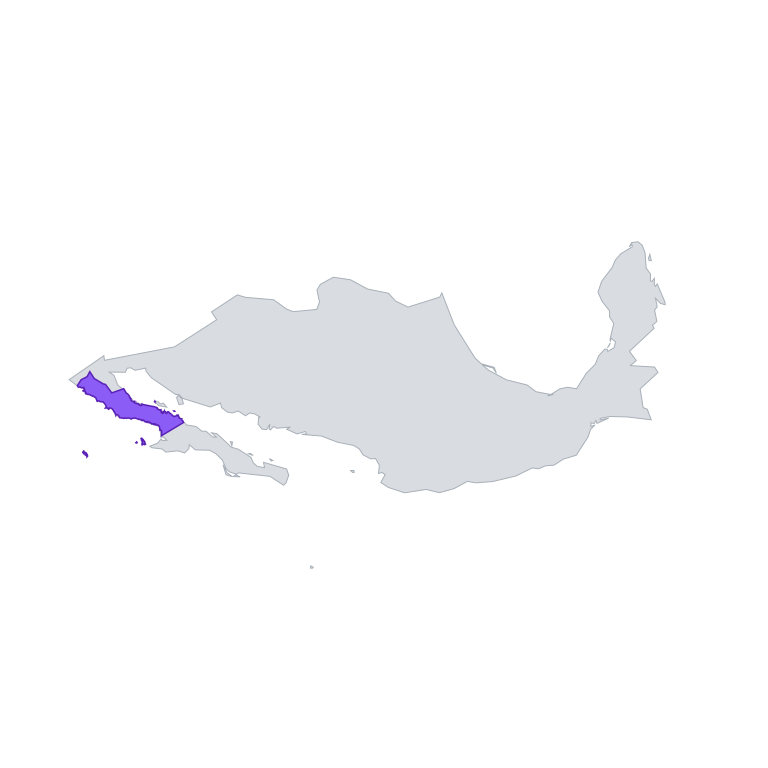 Ensenada, Baja California, Mexico (highlighted), rotated 330°
{"feature_id": "50627088B13797450449328", "entity_name": "Ensenada", "entity_type": "district", "adm_level": 2, "iso_a3": "MEX", "parent_name": "Mexico", "parent_adm1": "Baja California", "projection": "orthographic", "projection_center": [-114.931, 30.193], "detail": "fine", "context": "in_parent", "style": "filled", "palette": "violet", "viewbox_px": 768, "rotation_deg": 330, "n_neighbors": 0, "source": "geoboundaries", "source_scale": "gbopen_adm2", "svg_char_len": 9487}
<svg xmlns="http://www.w3.org/2000/svg" viewBox="0 0 768 768"><g transform="rotate(330 384 384)"><path d="M113.5,222.8L155.6,219.4L153.7,223.7L221.1,247.1L271.2,244.7L270.7,235.3L301.5,233.5L307.4,239.7L330.6,255.9L337.1,270.5L341.6,276.0L363.1,285.8L369.2,280.7L372.9,269.1L378.7,265.9L393.5,266.2L407.1,277.0L417.3,293.6L433.3,307.7L435.4,317.8L443.2,329.4L475.7,336.6L479.6,334.1L474.4,367.9L475.8,406.9L478.2,414.9L487.7,424.7L486.7,430.9L486.5,424.8L478.6,416.5L481.7,424.8L492.0,441.5L507.5,456.5L511.8,466.7L522.5,475.9L519.8,476.1L525.5,477.8L523.6,476.5L533.8,476.1L541.3,478.6L548.4,484.4L564.5,475.9L576.7,472.6L584.3,466.8L592.7,464.2L594.6,465.4L594.2,467.7L601.3,467.7L605.6,463.3L603.6,458.0L601.5,459.9L601.9,458.6L613.2,446.5L612.9,438.7L615.9,433.5L614.2,421.2L615.2,411.5L623.7,404.0L639.7,397.2L646.4,392.3L654.2,389.6L667.7,389.3L668.5,387.1L665.0,387.8L669.2,385.3L675.1,387.9L677.0,393.1L675.6,401.1L669.0,414.6L669.8,422.1L666.3,427.7L667.3,429.2L671.0,427.6L667.7,433.3L668.0,435.2L670.7,433.9L668.2,453.9L667.1,455.9L663.7,452.4L662.0,445.5L659.2,453.8L655.3,455.3L651.6,466.2L645.8,467.5L645.7,470.8L612.9,478.4L614.2,489.7L606.6,491.3L626.8,504.6L627.0,511.0L603.4,516.3L596.6,534.0L599.4,537.5L597.5,548.6L578.3,534.2L563.1,524.9L554.0,521.9L553.2,523.3L561.6,525.9L548.8,524.6L549.4,521.5L546.2,523.3L543.9,521.1L541.9,524.3L546.2,524.9L540.0,526.7L534.2,531.9L514.9,541.8L501.7,538.7L490.7,539.3L482.9,535.6L475.5,534.7L470.4,530.8L452.3,529.6L429.3,522.8L414.1,515.5L407.5,510.0L392.3,509.6L377.6,505.8L367.8,496.4L347.4,488.5L336.1,475.8L332.0,467.7L339.6,463.1L338.1,459.6L334.5,458.8L339.4,452.0L339.4,444.3L335.0,442.1L330.4,434.8L330.1,427.8L326.9,421.9L314.6,411.1L303.7,397.7L287.5,386.5L292.0,388.5L292.2,385.8L283.8,383.8L277.1,374.5L281.4,374.5L269.1,368.7L267.2,365.6L262.7,367.0L261.9,365.6L265.2,361.6L259.5,364.8L255.9,362.2L254.8,355.9L258.8,350.1L260.4,351.1L257.2,345.4L253.2,341.9L248.2,342.3L244.3,334.6L238.1,333.2L234.3,330.0L231.5,323.2L232.9,318.8L222.0,317.0L202.4,295.7L201.2,290.5L198.3,288.9L185.6,262.1L184.3,253.8L185.6,251.1L175.3,247.7L172.8,243.4L169.5,241.9L165.9,244.5L152.0,236.3L154.5,241.6L152.9,251.8L156.1,260.0L158.9,275.4L173.4,288.9L178.1,298.1L180.2,297.6L181.4,300.4L183.5,300.7L185.6,306.6L189.7,308.3L192.5,320.7L200.0,326.9L202.7,333.8L206.3,336.0L209.1,344.2L212.2,346.2L210.2,340.0L214.5,343.5L220.2,362.4L225.2,367.6L232.1,381.1L231.4,386.9L233.0,392.0L238.7,396.7L240.5,391.6L257.1,408.8L255.9,415.4L249.8,420.6L246.4,421.4L239.1,407.0L213.5,388.2L211.2,388.5L206.0,382.5L204.9,378.3L206.0,369.0L203.6,360.3L199.7,354.1L187.6,346.7L185.0,339.2L182.8,342.4L176.8,344.0L172.2,338.9L161.0,333.8L159.3,329.3L150.9,323.0L150.1,320.8L158.7,322.0L163.6,320.1L163.6,322.1L167.9,324.2L166.2,319.1L164.3,318.8L168.2,308.6L151.9,289.4L138.6,280.9L136.2,276.7L136.1,269.5L132.9,267.2L131.8,259.0L127.7,255.5L127.1,250.7L121.3,243.1L120.3,239.5L122.1,237.1L118.2,234.0L113.5,222.8ZM201.7,296.0L200.4,300.9L196.1,299.4L197.6,292.0L200.1,291.1L201.7,296.0ZM184.3,295.4L178.1,290.1L176.4,284.6L179.5,286.4L180.3,289.5L183.4,290.2L184.3,295.4ZM677.1,410.9L675.4,409.7L675.8,407.4L679.1,404.6L677.1,410.9ZM206.4,388.6L201.8,383.6L204.2,373.3L203.7,382.5L206.4,388.6ZM147.6,316.1L144.3,315.3L146.5,309.8L148.0,313.9L147.6,316.1ZM91.7,297.0L89.0,293.4L89.6,291.9L90.6,292.0L91.7,297.0ZM210.2,388.6L213.0,392.5L207.3,388.8L210.2,388.6ZM314.6,443.8L314.1,445.6L312.6,445.0L311.8,442.2L314.6,443.8ZM233.7,377.4L234.9,380.5L231.7,376.7L233.7,377.4ZM222.1,357.1L223.8,358.4L221.4,361.4L222.1,357.1ZM231.1,507.3L230.0,507.8L228.2,506.6L229.6,504.9L231.1,507.3ZM598.5,463.1L595.6,464.4L600.5,461.6L598.5,463.1ZM249.5,394.6L247.8,394.3L247.5,391.3L249.5,394.6Z" fill="#d9dde1" stroke="#a8b0b8" stroke-width="1"/><path d="M117.6,232.1L117.5,233.3L118.1,234.3L118.5,234.4L119.0,234.4L119.4,234.5L119.7,234.9L119.8,235.8L119.9,236.0L120.4,236.0L120.7,236.3L120.7,236.2L120.8,236.2L121.3,236.9L121.8,236.9L122.1,237.3L121.9,237.0L122.0,236.9L122.2,237.0L122.1,237.3L122.3,237.3L122.3,237.7L122.1,238.6L122.0,238.8L121.6,239.7L121.2,239.9L120.3,239.2L120.0,239.2L119.9,239.3L120.2,239.5L120.3,239.8L120.4,239.7L120.5,240.0L120.8,239.9L120.9,240.1L121.1,240.3L121.6,241.0L121.2,242.0L121.5,242.7L120.8,242.9L120.8,243.3L121.2,243.3L121.6,244.1L121.8,244.1L122.2,244.5L122.4,245.2L122.9,245.2L123.8,245.8L123.9,246.2L124.1,246.3L124.4,247.2L124.9,247.7L124.9,248.0L125.2,248.1L125.6,248.6L125.6,248.8L126.0,249.0L126.5,249.7L126.7,250.5L126.9,250.6L127.5,251.8L127.4,252.8L126.9,255.2L126.9,255.6L127.2,255.8L127.9,255.6L128.1,255.6L128.6,256.3L128.8,256.4L129.1,256.7L129.3,257.4L129.8,257.8L130.3,257.9L131.0,258.6L131.6,258.8L131.9,259.2L132.1,260.8L132.3,261.2L132.4,262.3L132.0,266.0L132.3,266.7L132.5,266.8L132.6,267.0L132.7,267.6L132.7,268.2L132.8,268.3L133.1,268.3L133.2,268.2L133.0,267.8L133.2,267.6L133.8,267.4L134.3,267.5L135.5,268.4L136.2,269.6L136.5,270.8L136.3,273.1L136.6,273.4L136.7,273.9L136.1,276.9L136.3,276.7L136.6,276.7L137.4,276.9L138.1,277.9L138.4,279.5L138.1,280.9L139.6,282.2L139.9,282.1L140.2,282.3L140.6,282.9L141.6,283.8L141.9,283.8L142.1,283.6L142.5,283.7L143.9,285.1L144.6,285.1L146.2,286.0L146.9,286.9L147.4,287.8L147.5,287.7L148.0,287.9L149.5,288.0L150.6,288.7L151.4,288.9L152.4,290.2L153.2,291.0L153.7,291.8L153.8,291.7L154.0,291.8L154.2,292.2L155.4,292.9L155.6,293.4L155.6,293.8L155.8,293.9L155.9,294.4L156.0,294.4L156.2,294.6L156.3,294.4L156.7,294.3L157.1,294.7L157.4,294.7L157.6,294.8L157.7,295.4L157.9,295.5L157.9,296.3L158.1,296.5L158.0,297.0L158.2,297.3L158.4,297.4L158.5,297.2L158.7,297.3L159.0,297.6L159.1,298.1L159.3,298.4L159.4,298.1L160.1,298.1L160.6,298.6L160.8,298.6L161.0,299.3L161.2,299.1L161.4,299.3L161.6,299.6L161.8,300.5L162.0,300.7L162.4,300.9L162.5,301.2L162.7,301.4L162.6,301.6L162.8,301.8L162.7,302.3L163.3,302.4L163.5,302.8L163.8,302.8L164.1,303.1L164.1,303.7L164.3,303.7L164.5,303.9L164.5,303.7L164.8,303.6L165.9,303.9L166.2,304.7L166.1,305.6L166.3,305.8L166.6,305.7L167.0,305.9L167.3,306.1L167.5,306.6L167.8,306.7L167.8,307.3L168.2,307.8L168.2,308.3L167.6,310.3L166.8,312.1L167.2,312.5L167.7,312.3L168.0,313.1L166.7,315.7L165.4,317.5L191.8,317.1L191.3,317.0L191.1,316.6L191.2,316.0L191.4,315.7L191.1,315.4L190.9,314.3L191.2,313.2L191.4,313.1L191.1,312.9L189.7,311.3L189.8,310.9L189.7,310.8L189.7,310.5L190.1,309.2L189.9,308.8L190.2,308.4L190.2,308.0L189.9,308.0L189.6,308.1L189.7,307.8L189.5,307.5L189.1,307.3L187.9,307.7L187.1,307.7L185.4,306.7L185.3,306.3L185.2,305.6L184.9,304.8L184.9,304.0L184.4,303.5L184.1,302.4L183.9,302.4L183.7,301.8L183.7,300.8L183.4,300.6L183.2,300.1L183.0,299.9L182.5,299.8L181.5,300.6L180.9,300.7L180.7,300.4L180.8,300.3L180.6,300.2L180.5,299.9L180.5,299.4L180.7,299.1L180.3,298.7L180.5,298.5L180.0,298.3L180.2,297.8L179.8,298.1L179.6,298.1L179.4,297.9L179.5,297.6L179.2,297.4L179.1,297.6L178.5,297.6L178.3,298.0L178.6,298.3L178.5,298.7L178.2,298.8L177.6,298.8L177.0,297.7L177.2,297.3L177.3,297.5L177.2,296.9L176.9,296.4L177.2,295.7L177.4,295.9L177.4,295.3L176.9,294.8L176.8,294.1L176.2,293.6L176.1,293.2L175.8,293.2L175.7,292.9L175.6,293.0L175.4,292.7L175.5,292.4L175.2,292.2L175.2,291.9L175.7,291.3L175.5,290.7L174.5,289.8L174.0,289.0L173.3,288.5L173.0,288.1L172.1,287.7L171.9,287.1L171.4,287.0L170.8,286.5L169.0,284.6L168.6,284.6L168.3,284.3L168.0,284.2L167.7,283.6L166.9,283.1L166.2,282.3L165.6,281.9L165.1,281.2L164.5,280.8L164.2,280.9L164.2,280.7L164.1,280.8L163.8,280.6L163.7,280.7L163.6,280.9L163.8,280.9L163.5,281.2L162.9,281.2L162.7,281.1L162.4,280.7L161.9,280.5L161.7,280.2L161.7,279.9L162.0,279.8L161.9,279.6L161.6,279.4L161.4,279.0L161.4,278.1L161.0,277.8L160.3,277.7L160.1,277.0L159.2,276.5L158.9,275.8L158.6,275.7L158.6,275.3L158.4,275.2L158.3,274.8L158.2,274.3L157.9,273.6L157.4,273.2L157.3,272.9L156.7,271.8L157.1,271.2L157.0,270.9L157.3,270.5L157.0,269.9L157.2,269.3L157.2,268.6L157.3,268.7L157.2,268.0L157.4,267.1L157.3,266.5L157.4,265.7L157.1,264.9L157.0,264.3L156.6,263.6L156.2,262.7L156.3,261.9L156.1,261.0L156.3,260.4L156.2,259.8L156.3,258.8L156.1,258.8L156.0,258.3L156.1,257.9L143.8,255.6L142.6,245.1L140.8,243.4L135.8,234.4L135.4,226.2L130.6,229.2L123.8,228.9L117.6,232.1ZM146.8,309.7L146.5,309.8L146.6,310.0L146.3,310.1L146.4,310.4L146.2,310.4L146.2,310.9L145.9,311.4L146.1,311.5L146.0,311.8L146.4,312.7L146.2,312.8L146.3,312.9L144.9,314.7L144.3,315.0L144.3,315.7L144.2,315.8L144.4,315.9L144.5,315.8L144.7,315.7L145.0,315.5L145.5,315.6L145.9,315.9L146.1,316.7L146.6,316.9L146.9,316.7L147.4,316.8L147.4,316.7L147.3,316.3L147.4,316.1L147.3,315.3L147.9,314.5L147.8,313.5L147.5,313.0L147.7,312.1L147.5,311.1L147.2,310.6L147.2,310.0L146.8,309.7ZM90.1,292.7L90.5,291.9L90.4,291.8L89.8,292.2L89.2,292.4L88.9,292.8L89.1,293.5L89.0,294.3L89.8,294.9L90.1,296.1L89.9,296.3L90.3,296.6L90.3,297.2L90.6,298.0L90.4,298.4L90.8,298.2L91.0,298.4L91.3,298.2L91.4,297.6L91.6,297.4L91.7,296.6L91.5,296.0L91.7,295.5L91.5,294.4L90.9,293.7L90.4,293.5L90.1,292.7ZM177.6,294.6L177.7,294.9L177.8,294.9L177.9,295.3L177.8,295.5L178.0,295.5L178.3,295.8L178.0,295.5L178.0,294.9L177.9,294.9L178.0,294.7L177.6,294.6ZM140.2,311.1L139.8,310.9L139.8,311.2L140.0,311.3L140.3,311.2L140.2,311.1ZM188.5,302.4L188.5,302.7L189.2,303.0L189.2,302.7L188.7,302.6L188.5,302.4ZM130.8,265.4L130.6,265.5L131.0,265.7L130.8,265.4ZM176.9,284.9L176.5,284.9L176.6,285.2L176.8,284.9L176.8,285.0L176.9,284.9ZM140.9,311.3L141.0,311.1L140.9,310.9L140.8,311.2L140.9,311.3ZM159.1,274.0L158.8,274.0L159.2,274.1L159.1,274.0Z" fill="#8b5cf6" stroke="#5b21b6" stroke-width="1.5"/></g></svg>